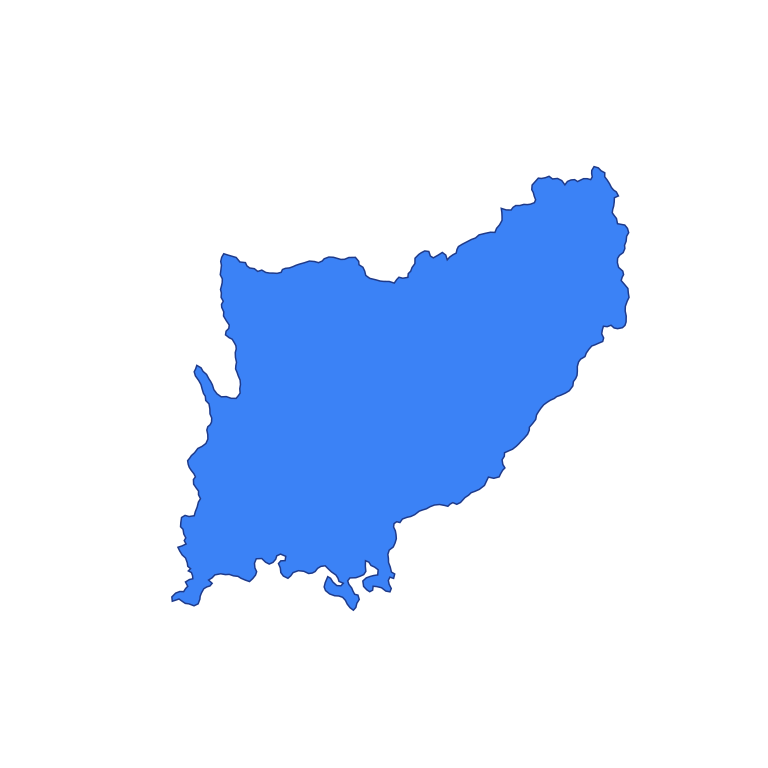 Bom Retiro, Santa Catarina, Brazil (Mercator projection), rotated 293°
{"feature_id": "56859067B90842299420584", "entity_name": "Bom Retiro", "entity_type": "district", "adm_level": 2, "iso_a3": "BRA", "parent_name": "Brazil", "parent_adm1": "Santa Catarina", "projection": "mercator", "projection_center": [-49.588, -27.777], "detail": "fine", "context": "isolated", "style": "filled", "palette": "blue", "viewbox_px": 768, "rotation_deg": 293, "n_neighbors": 0, "source": "geoboundaries", "source_scale": "gbopen_adm2", "svg_char_len": 6171}
<svg xmlns="http://www.w3.org/2000/svg" viewBox="0 0 768 768"><g transform="rotate(293 384 384)"><path d="M441.3,185.6L437.2,185.1L433.0,185.8L429.8,188.0L425.6,189.2L420.6,190.6L417.6,194.1L414.0,195.5L410.6,196.1L407.1,196.6L404.3,198.7L400.1,200.2L397.4,203.7L393.8,203.3L391.1,204.7L387.8,208.3L383.9,209.7L380.8,213.9L377.8,218.5L374.5,219.4L370.9,218.0L367.3,218.9L366.1,223.4L365.9,226.8L363.4,230.2L361.4,232.7L358.5,234.3L354.8,234.8L350.4,236.9L346.3,239.8L343.2,240.4L339.9,241.5L337.2,244.3L334.6,246.6L331.4,250.0L327.4,252.1L323.3,253.1L319.4,255.1L316.4,254.5L313.0,253.5L311.1,248.9L310.8,243.8L308.6,239.2L309.7,234.1L312.3,229.6L316.2,226.3L318.6,223.4L320.3,220.8L323.5,216.9L324.9,212.5L327.4,209.3L328.0,204.4L324.2,204.7L321.1,204.5L317.8,207.2L314.8,212.1L312.0,215.7L308.4,218.5L304.8,221.5L302.9,224.3L299.2,226.3L297.3,230.7L292.9,233.5L288.5,235.5L285.4,238.7L281.6,240.1L278.6,239.9L275.8,238.5L272.4,238.9L268.5,241.6L264.5,243.4L259.7,243.3L255.5,240.9L251.9,237.8L246.7,236.5L242.9,234.7L239.8,234.1L236.7,233.2L233.5,235.2L231.2,237.3L229.3,240.1L227.1,244.1L224.8,246.7L221.6,245.9L217.4,247.9L214.7,252.1L213.0,255.1L209.6,256.5L206.7,259.9L202.8,259.3L197.7,260.1L192.8,260.2L188.6,260.8L185.8,256.3L185.3,252.2L182.0,249.8L177.1,251.1L173.1,252.5L171.7,255.8L167.7,258.3L164.9,261.7L161.8,261.3L159.4,264.3L156.0,261.3L153.2,258.1L150.4,261.3L147.8,265.0L146.3,269.3L142.5,272.8L139.5,274.6L138.4,278.1L135.5,276.9L135.2,280.4L132.7,282.7L130.0,284.1L128.0,281.3L124.2,278.6L121.1,282.4L118.2,281.3L114.6,280.7L113.2,277.1L110.1,273.9L105.1,271.9L101.3,274.0L103.8,276.9L106.0,279.3L105.2,282.8L104.4,286.8L105.4,290.3L105.6,295.8L109.0,298.8L113.9,298.6L116.8,297.7L120.4,297.6L125.1,298.1L128.0,300.2L130.1,302.7L133.4,303.7L135.0,299.1L138.4,301.5L142.2,302.9L145.5,307.8L146.6,312.6L148.3,315.9L148.6,320.4L149.9,324.8L149.3,328.2L149.3,333.1L149.6,337.4L153.6,339.2L157.9,340.4L161.5,340.1L164.3,337.0L168.4,334.8L173.2,334.7L175.6,339.7L173.7,344.6L173.4,348.7L176.4,351.5L180.4,352.8L183.9,352.4L187.0,355.2L187.0,360.9L182.8,362.0L180.9,358.1L177.5,357.0L174.2,360.4L170.1,362.7L167.9,366.4L167.6,371.5L171.0,373.1L174.9,374.0L178.7,378.1L180.3,383.4L180.1,388.7L182.0,391.9L184.5,393.9L188.3,394.9L191.4,397.1L193.7,400.9L191.9,405.3L190.5,409.1L189.4,414.4L187.2,417.6L184.7,419.7L184.7,424.4L181.4,423.2L180.0,419.3L181.8,414.2L184.3,410.7L184.7,407.5L181.7,407.5L178.2,407.5L173.8,408.2L171.0,410.9L169.5,416.0L169.8,421.3L171.2,425.2L171.5,429.3L169.8,433.0L167.0,436.2L164.8,440.2L163.8,444.2L167.3,445.4L171.5,444.7L176.0,445.4L179.5,442.5L179.0,439.1L181.2,436.4L183.6,434.0L185.8,430.0L188.6,427.5L192.2,428.4L194.7,433.8L197.7,437.1L200.6,439.8L204.4,440.5L208.8,438.1L214.1,436.0L214.1,439.7L211.9,442.9L211.8,446.9L210.7,451.2L205.8,452.8L203.6,449.2L201.3,446.3L198.6,443.4L194.4,441.5L189.7,444.3L187.8,448.6L187.2,452.0L189.8,454.1L193.6,453.0L194.7,456.5L195.5,461.3L194.1,466.6L195.0,470.7L198.6,470.6L201.6,467.0L204.9,464.7L208.5,464.9L208.8,468.8L213.3,468.1L213.8,464.3L217.9,461.3L221.5,457.9L225.2,456.2L228.7,454.1L233.2,453.7L237.6,456.2L242.0,456.3L246.4,455.8L250.1,453.9L253.3,451.8L256.1,448.7L259.4,447.8L262.2,449.5L262.7,452.8L266.9,453.7L270.3,457.3L272.5,460.4L275.7,463.3L280.7,466.1L283.2,468.8L285.7,471.8L289.1,474.4L292.3,477.7L294.8,482.2L295.9,487.2L296.4,490.6L299.3,491.8L301.7,493.7L301.7,498.0L304.8,500.7L311.1,502.9L314.7,505.3L318.0,506.7L320.8,509.7L324.2,512.9L329.9,516.1L335.2,516.3L339.1,516.5L340.1,521.9L343.5,526.3L346.8,526.4L350.9,526.9L354.0,528.1L356.4,524.8L360.4,522.3L364.5,523.0L367.8,521.8L371.4,525.1L374.2,527.8L378.4,530.1L381.7,531.5L384.9,532.6L388.8,534.2L393.8,535.8L398.2,535.8L401.0,534.7L405.9,536.3L410.7,537.5L415.1,536.5L418.7,537.0L423.1,537.9L427.2,539.1L430.9,541.3L434.1,543.5L437.2,546.4L439.8,547.8L442.8,551.1L446.6,554.6L450.2,557.2L456.0,558.6L460.2,557.4L464.0,558.3L467.4,558.3L471.3,557.0L475.7,555.1L480.4,554.5L483.7,555.3L487.8,558.3L491.4,558.1L495.9,559.0L500.2,560.4L502.5,562.9L505.3,565.5L508.6,568.7L512.2,568.2L515.2,564.8L519.3,563.8L522.9,563.4L524.0,567.1L526.8,570.0L525.5,573.9L526.2,577.4L529.0,581.5L532.1,582.9L535.7,582.6L541.2,580.4L545.4,577.5L549.8,575.8L555.3,575.5L559.5,575.7L563.1,573.4L567.2,571.2L569.7,566.4L571.9,561.9L575.4,561.5L578.3,561.8L581.2,559.7L583.0,554.4L586.9,551.4L591.0,549.9L594.5,550.5L598.4,552.8L602.8,552.8L605.7,551.2L610.0,551.1L614.8,549.6L618.9,550.1L622.4,547.3L624.4,543.5L622.8,536.3L627.2,533.3L629.1,529.9L630.8,527.2L634.1,526.3L637.5,525.9L641.5,524.8L645.5,523.3L648.7,526.3L651.6,522.8L652.3,519.4L653.8,516.5L656.5,513.3L659.0,509.7L661.0,506.2L664.7,504.7L665.1,500.5L666.7,496.9L666.2,492.4L661.8,491.8L658.9,492.9L656.0,494.8L652.9,494.4L652.4,490.8L651.0,487.5L648.7,485.4L646.0,483.1L646.6,479.6L644.9,476.4L642.1,473.7L638.0,472.7L640.7,468.2L641.0,463.4L638.6,459.0L639.7,454.8L636.9,451.9L634.7,448.6L633.8,445.6L629.4,444.1L625.0,442.6L620.6,444.1L618.6,446.6L615.6,448.9L612.8,451.6L609.7,451.6L606.7,448.5L605.1,445.8L604.0,442.6L601.4,439.4L599.8,435.6L597.1,433.8L593.8,433.0L592.0,428.5L591.5,423.3L587.9,425.5L584.1,427.3L580.8,428.7L575.7,428.2L571.3,426.8L566.9,426.9L565.3,422.7L562.0,418.0L558.4,413.2L554.2,411.2L551.2,408.0L547.8,405.2L543.1,401.3L539.6,398.8L536.5,398.6L532.7,399.3L530.1,397.1L526.6,394.9L523.0,393.7L526.8,390.5L527.9,386.3L523.7,383.4L519.4,380.1L519.9,376.7L523.5,373.5L522.4,369.5L519.4,367.0L516.9,365.4L511.9,363.4L506.9,365.4L502.2,364.3L498.3,364.5L495.1,363.2L491.5,364.3L488.7,360.0L488.1,356.0L485.1,354.9L480.9,354.0L480.4,348.7L478.4,343.9L477.3,340.4L476.7,335.7L475.7,329.7L476.8,324.8L480.4,322.1L483.2,319.0L484.0,314.4L487.0,312.8L489.4,308.2L486.7,302.2L483.4,299.0L481.8,295.6L481.4,292.1L480.9,288.0L479.3,283.6L475.9,280.0L473.1,279.1L470.1,276.3L469.6,272.2L468.0,267.3L464.4,263.2L461.3,259.3L458.8,256.5L456.6,254.5L453.9,251.6L451.9,248.0L449.7,245.8L446.6,245.7L444.1,242.4L442.8,238.7L441.4,235.3L440.5,231.6L441.1,227.0L438.3,223.8L439.5,219.6L438.3,215.0L439.2,211.6L441.6,209.0L440.0,203.7L442.7,198.5L442.2,194.1L441.7,189.9L441.3,185.6Z" fill="#3b82f6" stroke="#1e3a8a" stroke-width="1.5"/></g></svg>